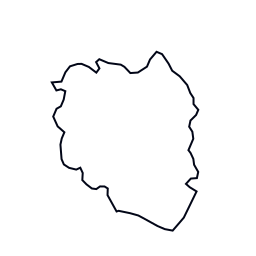 outline of Gochang-gun, North Jeolla, South Korea, rotated 113°
{"feature_id": "91817680B73468302874709", "entity_name": "Gochang-gun", "entity_type": "district", "adm_level": 2, "iso_a3": "KOR", "parent_name": "South Korea", "parent_adm1": "North Jeolla", "projection": "equal_earth", "projection_center": [126.618, 35.434], "detail": "fine", "context": "isolated", "style": "outline", "palette": "ink", "viewbox_px": 256, "rotation_deg": 113, "n_neighbors": 0, "source": "geoboundaries", "source_scale": "gbopen_adm2", "svg_char_len": 1081}
<svg xmlns="http://www.w3.org/2000/svg" viewBox="0 0 256 256"><g transform="rotate(113 128 128)"><path d="M188.7,41.6L159.6,40.1L158.4,48.0L156.8,52.8L150.0,50.4L147.2,45.0L141.0,46.2L136.0,52.8L130.9,55.8L126.5,60.7L124.8,63.7L115.8,63.7L112.4,63.7L106.3,67.3L102.9,72.2L96.7,73.4L89.4,70.4L83.8,70.4L80.4,77.0L74.8,79.4L71.5,84.3L65.3,90.3L60.2,100.6L58.0,109.7L52.9,115.8L46.7,125.5L46.7,131.5L56.3,134.5L64.1,134.5L73.1,140.6L76.5,147.3L73.1,155.2L72.5,159.4L75.9,171.5L75.9,181.3L79.8,183.1L84.3,177.6L89.4,178.8L87.1,187.9L87.1,195.8L88.8,199.5L93.9,205.5L101.2,207.4L111.3,207.4L115.8,215.9L121.4,208.6L118.6,204.9L118.6,200.1L127.0,198.3L134.3,198.3L138.2,201.3L146.1,201.3L146.7,201.3L154.0,193.4L156.8,184.9L163.5,184.9L169.7,183.7L182.6,177.0L186.6,172.8L187.7,166.7L186.5,159.4L183.2,156.4L187.1,152.1L193.8,149.7L196.1,144.2L197.8,137.6L196.6,133.3L192.7,130.9L191.0,126.7L191.6,123.0L197.8,120.6L209.3,105.9L207.9,104.3L205.6,92.8L204.5,84.3L205.0,78.8L206.7,62.5L206.7,54.6L205.0,46.8L199.4,45.0L188.7,41.6Z" fill="none" stroke="#020617" stroke-width="2"/></g></svg>